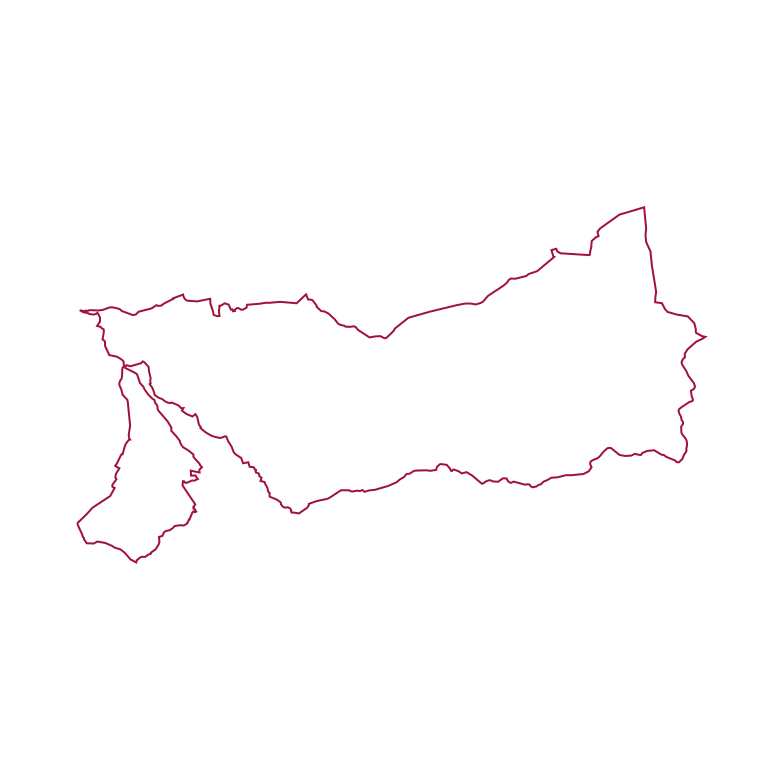 Lunca, Bihor, Romania, rotated 188°
{"feature_id": "2599482B71226183129855", "entity_name": "Lunca", "entity_type": "district", "adm_level": 2, "iso_a3": "ROU", "parent_name": "Romania", "parent_adm1": "Bihor", "projection": "robinson", "projection_center": [22.434, 46.505], "detail": "fine", "context": "isolated", "style": "outline", "palette": "rose", "viewbox_px": 768, "rotation_deg": 188, "n_neighbors": 0, "source": "geoboundaries", "source_scale": "gbopen_adm2", "svg_char_len": 6116}
<svg xmlns="http://www.w3.org/2000/svg" viewBox="0 0 768 768"><g transform="rotate(188 384 384)"><path d="M695.6,414.7L692.0,413.3L686.6,412.9L685.6,412.3L681.3,412.3L679.0,413.3L677.8,414.5L677.0,414.0L674.5,410.3L673.9,405.9L674.4,405.5L676.2,401.5L672.7,401.2L671.4,400.0L669.1,399.0L668.7,396.2L668.9,388.9L666.8,387.9L666.0,386.2L665.7,383.2L660.1,374.4L652.2,373.9L647.4,371.8L645.1,370.2L644.0,365.7L645.3,363.2L644.5,355.0L644.7,352.5L645.7,350.8L646.2,348.1L646.0,346.4L643.4,342.0L641.2,336.8L636.0,332.7L635.2,330.5L629.6,307.3L629.7,297.9L628.8,294.8L627.7,293.6L628.8,293.3L631.0,289.6L631.9,286.8L633.1,278.0L634.0,278.0L634.7,276.7L637.2,268.7L638.8,265.5L634.3,263.7L637.0,257.6L637.0,254.1L635.7,252.5L639.0,246.1L638.5,244.3L636.3,243.6L639.5,235.0L655.5,220.9L659.9,214.3L668.0,203.8L667.7,201.9L661.8,192.8L660.9,190.5L659.9,190.0L659.4,188.4L656.2,184.9L649.0,185.7L646.0,188.1L637.9,187.8L631.0,185.9L628.0,184.5L621.9,183.5L617.1,180.7L610.7,175.1L604.6,172.8L604.2,175.1L601.5,178.1L599.7,179.2L596.4,179.6L593.2,182.6L591.5,183.2L591.2,183.8L591.4,184.5L587.2,188.5L584.8,193.8L584.4,196.1L585.5,201.3L582.3,202.7L581.2,206.6L579.7,208.0L575.7,209.5L573.2,211.8L571.5,214.2L566.3,215.8L563.0,215.9L560.5,217.5L559.4,218.8L559.5,219.4L558.9,220.1L558.4,222.6L557.8,222.6L555.9,230.1L555.1,231.2L553.5,230.7L552.3,231.5L553.5,232.7L553.6,233.4L555.3,234.1L555.1,235.2L555.7,235.7L554.1,238.5L569.4,255.5L569.5,259.8L568.6,259.9L566.9,258.5L565.7,258.6L560.6,261.8L558.5,261.8L555.1,264.0L556.8,265.5L557.8,267.2L562.3,266.4L563.3,271.3L554.3,270.7L554.9,273.5L552.7,276.2L554.7,277.9L555.8,279.6L561.7,284.5L562.7,285.7L562.9,287.7L568.9,291.2L574.2,293.4L576.0,295.3L577.6,297.3L578.2,299.2L582.5,303.4L588.2,308.1L588.5,311.3L593.2,317.0L603.5,326.0L604.8,327.8L605.1,330.0L606.0,331.7L608.0,333.5L609.1,336.2L611.6,337.4L615.8,340.6L620.4,345.3L621.8,347.7L625.7,350.9L629.7,358.9L631.3,360.1L642.5,363.9L642.6,365.1L641.6,366.8L637.5,366.3L627.4,370.8L626.1,372.8L624.4,372.2L619.6,368.3L618.3,363.4L616.0,357.6L615.8,354.0L615.2,352.1L616.1,351.3L612.8,347.9L610.4,343.5L609.9,341.8L609.0,340.9L605.4,339.1L601.5,338.2L598.7,336.5L595.4,335.4L593.2,335.3L591.8,336.1L584.8,334.3L581.3,331.8L579.3,332.2L580.4,329.5L575.5,326.8L569.2,325.2L566.5,327.9L564.4,325.4L561.6,318.0L559.3,315.6L559.6,314.8L553.9,311.3L549.1,309.3L545.7,308.3L539.5,307.7L537.3,308.2L534.3,310.0L532.9,310.1L530.4,305.7L526.3,300.9L523.3,295.5L521.3,293.8L515.1,290.8L512.5,285.9L507.5,287.6L505.5,283.3L502.2,283.5L500.9,283.0L500.3,281.7L498.7,281.0L499.1,279.6L498.3,278.4L495.9,278.1L495.0,277.1L494.7,275.5L492.2,274.0L492.8,270.8L488.6,270.3L487.6,268.3L485.1,265.1L483.6,261.1L482.0,260.1L481.8,257.3L481.5,256.5L474.1,254.6L470.6,252.8L469.6,252.1L469.3,250.6L467.1,248.4L464.9,247.8L462.1,248.5L459.6,247.7L458.3,246.0L458.4,245.2L457.6,243.8L456.4,244.1L450.2,244.0L442.9,250.7L441.7,253.2L441.7,254.9L434.3,258.7L424.4,262.3L422.4,263.5L411.8,272.8L403.6,273.9L402.4,273.2L400.1,273.2L395.5,274.7L392.9,274.6L390.6,276.0L388.1,274.5L384.4,276.4L378.2,278.0L365.7,283.6L357.8,288.5L355.0,291.7L351.3,294.6L349.2,298.0L346.0,298.8L343.4,301.2L341.0,302.6L330.3,304.4L326.0,304.5L320.4,306.2L319.9,309.5L317.5,312.3L316.5,312.6L310.7,312.7L307.2,309.7L305.4,307.3L304.7,307.3L303.5,308.9L302.7,309.0L298.1,308.0L294.5,306.3L290.0,308.2L284.1,305.7L273.1,298.8L271.2,299.9L270.1,301.4L266.5,303.3L264.9,303.4L262.5,302.7L257.3,303.1L253.4,307.0L249.5,307.6L247.8,305.1L245.9,304.0L244.3,303.8L242.0,305.4L230.4,303.9L227.8,304.7L226.0,304.7L224.3,303.0L222.4,302.4L218.7,303.8L217.5,305.1L214.1,307.0L213.4,308.4L211.6,310.1L209.4,311.2L205.2,314.5L199.3,315.7L191.2,319.0L186.0,319.7L174.0,322.6L169.0,326.1L166.9,330.5L168.7,333.3L168.8,335.5L167.2,337.3L162.2,340.3L160.6,341.9L156.9,347.9L154.1,351.2L153.0,351.9L150.4,352.2L140.8,346.5L135.1,346.3L129.2,347.5L126.0,349.7L120.5,349.3L119.6,349.6L118.6,351.6L114.0,354.4L107.2,356.0L99.6,352.7L96.9,352.6L94.3,351.1L85.1,348.8L83.4,347.4L81.2,347.4L78.2,351.1L77.3,354.9L75.1,359.9L75.6,361.3L75.4,366.1L76.3,369.7L77.7,371.9L81.6,375.6L82.7,377.2L83.8,383.0L82.4,386.0L82.5,387.8L84.3,389.8L85.5,393.3L87.1,395.2L88.6,398.5L88.5,399.8L86.4,402.2L79.3,408.5L76.2,410.1L75.8,411.2L77.5,414.5L79.2,420.1L76.6,422.0L75.6,424.6L77.1,427.8L83.8,434.6L86.4,438.8L91.6,444.9L92.4,447.2L91.4,450.3L89.7,452.3L90.3,455.3L90.1,456.6L88.1,460.7L80.8,469.3L75.2,472.9L72.4,475.4L75.9,475.7L81.9,478.0L82.4,478.7L83.0,482.1L85.1,487.3L92.5,493.2L103.3,493.5L113.1,494.8L116.2,497.3L120.0,502.7L126.9,502.7L127.4,508.7L127.3,513.1L135.2,538.6L138.6,552.4L144.2,561.2L145.8,567.9L146.0,574.2L151.0,595.2L174.4,584.5L191.6,568.2L193.8,564.3L192.1,560.3L194.8,558.6L198.2,554.5L197.8,548.0L198.2,545.2L198.2,540.8L198.5,540.2L227.4,538.0L231.0,539.5L232.2,541.9L236.8,539.9L234.1,533.9L233.1,533.6L248.1,517.0L256.1,513.0L258.2,510.7L268.4,506.6L273.3,506.0L275.1,504.2L276.1,501.7L279.4,498.0L293.2,485.8L297.4,479.3L299.2,477.9L304.0,475.6L309.4,475.7L314.7,475.0L322.4,472.4L348.9,461.9L369.0,453.0L381.0,440.4L381.5,438.6L383.8,435.3L388.3,429.8L390.0,429.4L394.2,430.9L399.3,429.9L404.8,428.1L417.2,433.9L419.6,436.2L421.6,437.0L425.6,435.9L430.0,435.4L431.4,436.2L435.1,436.4L437.9,437.4L441.9,441.3L448.7,446.0L453.2,447.6L456.2,447.4L461.5,451.2L461.6,452.2L466.4,457.0L468.1,457.4L470.9,457.1L473.7,461.9L481.7,451.8L498.4,450.9L508.5,448.5L513.0,447.9L517.7,446.3L530.7,443.4L530.8,440.4L534.0,438.0L535.8,437.7L538.4,438.8L539.9,438.8L541.6,437.4L542.1,436.4L541.8,435.6L543.6,435.0L544.5,436.8L545.9,436.3L548.9,441.0L553.1,441.7L556.4,438.9L557.9,438.6L557.5,435.8L557.8,434.3L556.4,428.4L558.4,428.0L562.3,428.7L563.3,431.8L567.0,439.2L568.0,444.2L580.5,439.8L590.7,439.1L593.1,440.5L594.8,442.9L595.4,444.6L604.6,439.6L604.3,439.2L613.0,433.1L614.7,431.6L615.0,430.8L618.5,429.9L620.3,430.4L624.7,426.5L637.1,421.4L639.5,418.2L642.3,417.3L653.8,419.8L655.4,421.0L657.8,421.7L663.0,422.1L666.0,421.8L672.9,418.2L677.3,417.0L684.0,416.4L686.8,415.8L687.5,415.1L689.4,415.2L690.9,414.4L695.6,414.7Z" fill="none" stroke="#9f1239" stroke-width="2"/></g></svg>